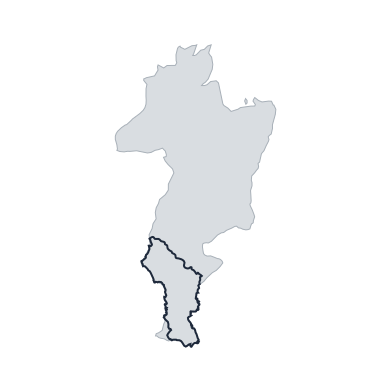 Hamgyŏng-bukto on a map of North Korea (Robinson projection), rotated 141°
{"feature_id": "PRK-3307", "entity_name": "Hamgyŏng-bukto", "entity_type": "Province", "adm_level": 1, "iso_a3": "PRK", "parent_name": "North Korea", "parent_adm1": "", "projection": "robinson", "projection_center": [129.506, 41.787], "detail": "fine", "context": "in_parent", "style": "outline", "palette": "slate", "viewbox_px": 384, "rotation_deg": 141, "n_neighbors": 0, "source": "natural_earth", "source_scale": "10m", "svg_char_len": 7903}
<svg xmlns="http://www.w3.org/2000/svg" viewBox="0 0 384 384"><g transform="rotate(141 192 192)"><path d="M224.2,271.6L222.9,272.3L220.6,276.1L218.5,281.1L216.4,283.7L214.0,285.2L211.5,286.0L206.4,286.4L201.8,286.1L200.4,285.5L194.1,285.9L192.3,286.2L183.3,285.8L178.5,286.2L175.5,287.2L172.5,289.2L169.8,292.2L167.5,295.4L162.7,301.2L159.3,304.0L159.3,308.2L159.2,309.4L158.0,310.3L157.6,309.9L155.7,309.6L148.0,305.8L141.7,308.1L140.0,311.1L138.4,312.1L135.9,306.2L131.8,306.0L125.3,300.9L122.5,302.0L121.7,304.0L118.1,308.7L113.0,312.6L111.4,313.2L109.5,312.9L109.8,311.8L107.8,307.4L99.9,305.7L97.1,303.8L95.7,303.4L103.5,298.5L105.5,297.6L104.1,296.5L102.4,295.9L96.0,296.7L92.7,295.1L87.9,295.6L84.5,294.3L91.6,289.5L91.9,286.7L91.9,284.5L95.5,278.1L99.1,274.6L108.4,269.6L112.4,268.9L115.3,269.1L117.6,268.7L115.2,266.8L112.8,265.9L108.0,266.1L103.2,263.2L102.8,260.1L112.6,241.0L112.8,239.2L111.3,234.6L110.9,230.0L104.2,227.4L101.2,227.1L92.5,221.9L89.1,219.3L87.7,220.1L87.4,224.2L86.1,225.1L83.8,225.9L82.7,221.2L80.9,217.9L75.2,214.4L73.1,212.5L74.2,208.4L73.7,208.0L74.8,203.5L78.4,199.9L87.2,193.6L89.5,190.7L94.0,187.2L96.0,187.3L98.0,187.0L98.7,185.5L99.2,184.3L100.9,183.2L105.2,181.3L110.1,178.8L113.9,178.1L118.7,174.3L120.7,172.7L122.6,172.7L123.1,171.9L124.2,169.9L125.8,168.7L127.8,168.4L131.3,167.5L135.5,166.9L138.5,163.8L139.5,161.5L141.5,159.0L145.6,156.3L148.4,152.3L151.6,147.9L153.1,146.5L154.6,146.2L155.4,144.6L156.5,140.0L158.0,135.5L158.9,133.3L162.5,131.0L163.4,129.9L164.2,129.5L165.8,129.8L168.1,128.4L170.2,126.9L172.1,127.5L174.0,128.7L176.0,131.2L176.9,133.2L178.5,134.9L178.8,137.3L180.3,138.3L183.7,138.9L189.3,140.5L192.9,140.6L194.9,141.8L199.2,142.5L207.9,141.5L211.4,142.1L212.8,143.6L215.0,144.8L216.4,144.9L218.4,142.8L220.4,139.5L221.8,136.9L221.7,134.9L220.6,132.7L217.7,130.6L215.9,127.5L214.1,124.2L213.1,123.2L212.3,121.6L212.1,119.2L212.7,117.5L217.0,116.4L222.5,115.8L226.9,116.5L234.4,116.0L238.9,115.1L242.3,115.2L245.4,115.2L246.8,113.8L251.1,110.4L253.2,109.3L255.5,107.0L255.9,104.6L256.3,102.7L257.6,100.6L259.9,98.1L261.8,96.9L264.0,97.0L266.2,98.2L267.7,99.4L269.3,99.0L270.7,97.0L271.5,96.7L274.1,96.5L275.0,95.3L275.9,89.4L276.9,84.7L277.1,81.5L279.4,76.1L280.2,72.9L281.5,71.4L283.1,71.5L284.4,72.5L286.1,73.0L288.3,72.5L289.9,73.3L290.9,75.0L294.2,76.2L294.5,77.1L294.4,83.0L296.3,85.7L298.7,88.2L302.0,90.4L303.8,90.9L304.9,92.5L305.9,95.3L308.3,98.0L309.5,99.9L309.8,102.0L310.9,103.1L309.0,104.4L306.5,103.6L302.3,103.2L297.0,107.2L294.1,108.6L292.1,112.5L287.9,114.9L285.7,117.3L282.7,121.7L280.8,125.8L276.3,130.1L273.7,135.4L273.6,140.0L276.5,144.7L276.7,148.7L274.7,156.9L275.9,165.7L274.6,169.1L260.9,175.1L257.3,178.0L252.2,185.8L246.0,188.7L242.2,191.9L236.8,193.7L233.4,199.2L229.7,202.3L225.2,204.2L221.9,206.6L214.4,206.7L209.2,208.4L205.4,213.0L194.1,218.2L192.6,222.2L193.3,228.3L193.3,233.0L192.3,236.9L189.8,235.8L188.5,237.0L187.0,240.6L187.4,244.7L191.3,246.0L194.4,247.6L198.9,248.5L202.1,250.4L209.1,258.9L214.8,262.7L216.3,264.1L219.5,265.9L222.6,268.9L224.2,271.6ZM93.8,229.6L91.6,230.9L91.6,228.5L93.2,226.5L94.9,226.3L93.8,229.6Z" fill="#d9dde1" stroke="#a8b0b8" stroke-width="1"/><path d="M282.4,70.8L282.8,70.9L283.1,71.1L284.2,72.5L284.6,72.8L285.1,73.0L285.6,73.1L287.0,73.0L288.8,72.4L289.8,72.1L290.2,72.6L290.1,73.2L289.8,73.9L289.4,74.5L288.9,74.9L290.5,75.5L292.5,75.5L294.1,75.8L294.8,77.4L294.3,81.3L294.3,83.0L295.0,84.6L297.1,86.5L297.3,87.3L299.9,89.3L300.3,89.4L300.6,89.3L300.9,89.4L301.2,89.6L301.3,89.9L301.1,90.8L301.3,91.3L302.1,91.9L302.0,94.0L301.4,96.3L299.8,97.0L297.1,97.7L295.1,97.9L294.9,99.1L295.8,100.0L295.5,101.8L293.5,104.1L292.5,106.2L292.9,109.0L293.0,109.7L292.8,112.3L292.6,112.3L292.3,112.2L291.8,112.4L291.3,113.1L291.5,113.1L291.6,113.4L291.3,113.6L291.0,113.6L290.3,113.1L289.8,112.8L288.8,112.8L288.1,113.4L287.9,114.2L287.9,114.6L287.3,114.6L287.2,115.0L287.1,115.3L286.7,116.4L286.6,117.1L286.4,117.3L285.9,116.3L285.5,116.4L285.4,117.4L284.7,117.7L285.0,117.9L285.2,118.2L285.5,118.7L285.1,118.8L284.9,119.0L284.5,119.6L284.5,120.0L284.3,120.5L284.2,120.7L284.1,121.6L283.7,121.9L283.4,121.7L283.1,121.3L282.2,121.0L281.6,121.3L281.3,122.3L281.1,123.5L281.1,125.0L280.6,126.5L280.0,126.9L279.9,127.7L279.6,128.0L279.0,127.1L278.5,127.1L277.0,127.9L276.6,129.2L276.1,130.8L275.8,131.4L274.8,131.8L273.9,132.9L273.6,134.4L273.1,136.3L272.3,137.5L272.8,138.6L272.7,139.3L272.5,140.0L272.7,141.4L273.6,142.4L274.3,143.0L274.8,143.4L275.6,143.4L275.9,144.0L276.4,144.7L276.8,145.0L277.1,145.0L277.7,144.9L277.9,145.0L278.2,145.4L278.2,145.6L278.0,145.8L277.9,146.4L277.8,146.5L277.5,147.5L277.5,147.8L276.9,148.2L276.5,149.2L275.0,155.0L274.7,157.0L275.3,158.7L275.1,159.3L275.0,160.0L275.1,161.5L275.3,163.6L275.5,164.0L276.2,164.8L276.7,165.1L276.4,165.4L276.1,166.4L276.3,166.7L275.6,167.5L275.7,168.4L275.2,169.5L274.9,170.1L274.5,170.1L274.2,169.6L273.7,169.8L272.9,169.9L272.2,169.8L271.5,170.0L270.9,169.8L270.5,169.9L269.5,169.9L268.8,170.4L268.7,171.2L268.0,171.4L267.5,171.9L267.0,172.1L265.9,172.0L264.1,172.6L262.7,173.5L261.3,174.2L260.8,174.7L260.4,175.4L259.7,176.8L259.4,177.5L259.2,177.4L258.8,177.0L258.5,176.4L258.2,175.9L257.6,175.9L256.8,176.0L256.2,176.4L256.0,176.9L255.8,177.4L255.8,177.6L255.8,177.9L255.6,178.3L255.6,178.5L255.5,179.1L255.3,179.3L255.2,179.8L255.1,180.1L254.8,180.4L254.6,180.7L254.6,181.1L254.5,182.3L254.1,182.4L254.1,182.5L252.1,182.3L251.4,182.1L250.8,181.8L250.4,181.2L250.3,180.4L250.4,179.7L250.4,179.1L249.8,178.4L248.4,177.3L247.6,176.6L247.2,175.8L247.1,175.2L247.0,174.0L247.0,173.4L246.8,173.0L246.4,172.5L245.8,171.7L245.3,171.0L245.0,170.3L245.1,169.6L245.6,168.9L245.8,168.3L245.5,167.6L245.1,166.8L245.0,166.0L245.4,165.3L246.2,164.0L246.5,163.1L246.4,161.9L246.2,160.7L245.3,158.6L245.8,157.3L245.4,156.1L244.8,154.9L244.6,153.6L244.9,152.9L245.7,151.7L245.9,151.0L245.6,150.3L245.2,149.8L244.7,149.3L244.2,148.8L242.6,146.4L242.0,144.9L241.8,143.4L242.2,141.9L243.2,141.0L244.3,140.2L245.0,139.0L245.0,137.7L244.4,136.4L243.5,135.3L242.5,134.7L240.5,134.5L240.0,134.2L239.8,133.7L240.1,133.3L240.6,132.8L240.8,132.2L240.7,131.6L240.2,130.8L240.0,130.3L239.9,129.7L239.9,128.1L239.9,127.5L240.2,126.3L240.1,125.8L239.9,125.4L239.5,125.4L238.6,125.6L238.3,125.6L238.1,125.3L238.1,124.9L238.1,124.1L238.0,123.7L237.9,123.3L237.4,122.1L237.4,121.6L237.2,120.6L237.8,120.5L238.7,120.9L239.2,120.8L239.6,120.6L239.9,120.1L240.3,119.3L241.0,118.5L242.7,117.6L243.3,116.9L243.8,116.0L243.9,115.6L244.6,115.7L246.0,115.3L246.6,113.5L246.9,112.9L247.7,112.7L248.6,112.6L249.2,112.3L250.2,111.3L250.6,110.7L250.6,109.9L251.5,110.4L252.2,110.5L252.7,110.1L253.7,109.0L254.8,108.1L255.5,107.4L255.8,107.2L256.1,106.9L256.2,106.6L256.0,106.2L255.2,106.2L255.0,105.8L255.1,105.3L255.4,105.1L255.8,105.0L256.1,104.8L256.2,104.4L256.2,104.0L256.3,103.7L256.7,103.4L256.4,103.1L256.1,102.9L255.8,102.8L255.5,102.8L255.5,102.4L256.6,102.4L257.0,102.2L257.2,101.5L257.2,101.2L256.9,101.1L256.7,101.0L256.7,100.5L256.8,100.2L257.0,99.9L257.3,99.7L259.3,99.3L259.5,99.2L259.7,98.3L260.0,97.7L260.4,97.5L260.8,98.0L261.3,97.7L261.0,97.4L260.8,96.9L260.9,96.6L261.3,96.5L261.7,96.6L262.1,97.2L262.6,97.4L262.9,97.3L263.3,97.0L263.8,96.8L264.4,96.8L266.2,98.2L266.4,98.6L267.4,99.1L267.7,99.4L267.8,99.9L268.1,100.1L268.5,100.0L268.8,99.7L269.0,99.3L269.0,98.8L269.1,98.5L270.1,98.2L270.3,97.7L270.4,97.1L270.2,96.5L271.8,96.6L273.2,97.0L274.3,96.8L275.3,95.2L275.5,93.6L275.4,91.8L275.6,90.2L276.5,89.3L276.5,89.0L275.9,88.9L275.8,88.2L276.1,87.6L277.1,87.4L276.9,86.7L277.2,86.3L277.5,86.1L277.4,85.7L277.0,85.3L276.6,85.1L276.3,84.8L276.3,84.0L276.3,83.4L276.5,82.9L276.9,81.9L277.5,80.8L277.7,80.1L277.9,78.8L279.2,75.5L279.4,75.1L279.6,74.6L279.7,73.5L279.8,73.0L280.2,72.7L281.3,72.6L281.9,72.4L281.5,72.3L281.2,72.1L281.0,71.8L280.8,71.5L281.2,71.3L281.9,70.9L282.4,70.8Z" fill="none" stroke="#1e293b" stroke-width="2"/></g></svg>